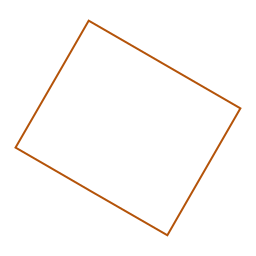 Waseca, Minnesota, United States of America, rotated 120°
{"feature_id": "52423323B56333965571995", "entity_name": "Waseca", "entity_type": "district", "adm_level": 2, "iso_a3": "USA", "parent_name": "United States of America", "parent_adm1": "Minnesota", "projection": "robinson", "projection_center": [-93.527, 44.022], "detail": "fine", "context": "isolated", "style": "outline", "palette": "amber", "viewbox_px": 256, "rotation_deg": 120, "n_neighbors": 0, "source": "geoboundaries", "source_scale": "gbopen_adm2", "svg_char_len": 279}
<svg xmlns="http://www.w3.org/2000/svg" viewBox="0 0 256 256"><g transform="rotate(120 128 128)"><path d="M201.2,40.3L153.1,40.4L152.4,40.4L54.8,40.5L54.7,215.7L103.2,215.6L201.2,215.6L201.2,171.8L201.3,128.2L201.2,40.3Z" fill="none" stroke="#b45309" stroke-width="2"/></g></svg>